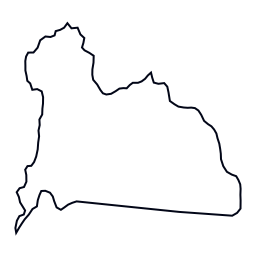 Mathias Lobato, Minas Gerais, Brazil
{"feature_id": "56859067B30184964984136", "entity_name": "Mathias Lobato", "entity_type": "district", "adm_level": 2, "iso_a3": "BRA", "parent_name": "Brazil", "parent_adm1": "Minas Gerais", "projection": "equal_earth", "projection_center": [-41.945, -18.602], "detail": "fine", "context": "isolated", "style": "outline", "palette": "ink", "viewbox_px": 256, "rotation_deg": 0, "n_neighbors": 0, "source": "geoboundaries", "source_scale": "gbopen_adm2", "svg_char_len": 1629}
<svg xmlns="http://www.w3.org/2000/svg" viewBox="0 0 256 256"><path d="M67.4,23.2L64.1,27.7L60.1,29.9L55.7,31.1L54.6,35.4L50.5,37.0L45.4,36.5L40.2,40.3L37.6,47.7L33.5,52.5L28.2,52.6L26.1,56.5L25.3,61.0L25.4,65.8L25.4,70.5L26.6,76.0L27.3,80.8L30.2,83.4L32.3,89.8L37.2,89.1L41.7,91.4L43.1,97.2L43.0,103.6L42.4,108.8L42.2,114.5L39.4,119.5L39.7,125.1L38.5,130.6L39.1,136.3L38.2,142.5L37.7,149.4L36.2,156.5L34.1,162.0L31.3,165.8L27.5,166.1L25.2,169.7L26.3,175.0L26.4,181.7L24.0,187.0L19.6,188.2L16.7,192.2L18.9,197.0L20.1,202.4L22.9,206.9L25.1,210.5L23.8,214.5L19.4,216.1L16.9,220.7L15.4,228.0L16.2,232.8L19.2,227.6L21.9,223.4L24.7,219.3L28.8,214.6L32.5,209.0L36.9,206.4L37.8,200.2L39.5,195.0L41.3,191.0L45.3,190.8L50.0,192.7L52.8,196.5L54.2,201.2L56.6,207.4L60.9,209.8L64.1,207.6L68.2,204.6L72.3,202.8L76.6,201.4L179.1,211.9L232.2,215.7L237.1,212.9L240.5,208.6L240.6,200.5L240.4,194.8L240.6,188.8L240.2,184.3L238.4,180.0L236.2,176.2L231.8,174.6L226.9,171.8L223.3,166.2L221.0,159.2L220.8,153.7L220.2,149.1L219.3,143.7L217.5,138.2L216.4,133.5L214.1,129.5L211.4,126.3L208.1,124.2L204.1,120.9L201.2,114.8L198.4,110.5L194.9,108.1L191.2,107.6L187.7,107.8L183.7,107.5L178.4,106.6L174.4,104.2L169.9,101.0L168.5,92.4L167.3,86.7L164.2,83.1L158.4,83.8L153.8,82.6L152.2,77.6L151.0,72.6L147.8,75.5L145.1,78.8L141.6,81.4L138.0,82.8L132.8,82.8L129.8,85.0L126.7,88.3L123.4,88.1L119.4,88.6L115.6,91.2L111.1,93.8L106.3,94.5L102.9,93.3L100.4,90.0L97.2,84.5L93.2,79.8L92.3,74.8L92.4,69.4L93.5,62.7L93.7,55.8L89.4,52.9L84.5,50.3L82.0,47.5L83.4,42.9L84.3,38.0L80.4,34.4L77.6,27.7L71.5,28.3L67.4,23.2Z" fill="none" stroke="#020617" stroke-width="2"/></svg>